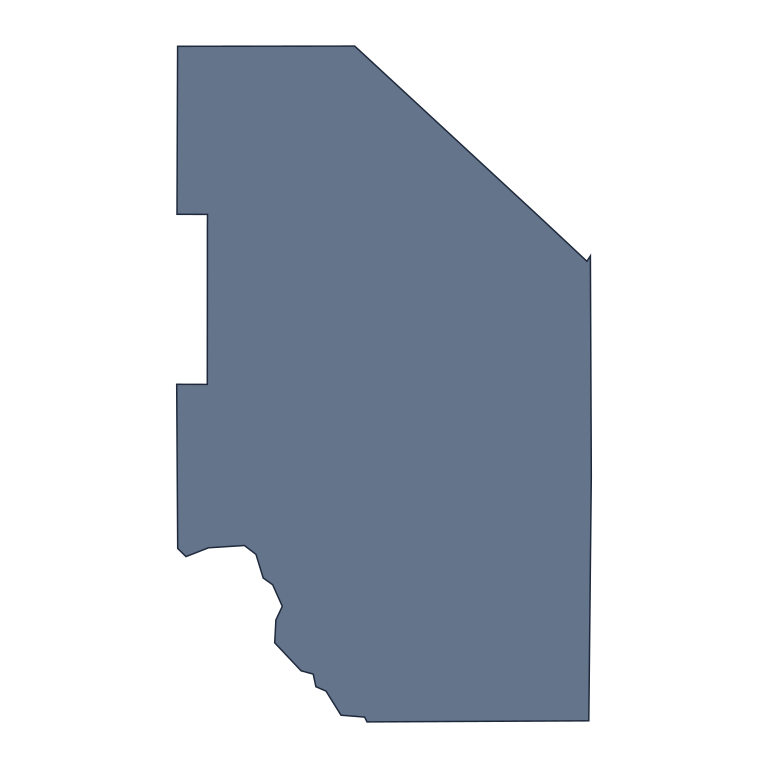 Ada, Idaho, United States of America
{"feature_id": "52423323B70404616629073", "entity_name": "Ada", "entity_type": "district", "adm_level": 2, "iso_a3": "USA", "parent_name": "United States of America", "parent_adm1": "Idaho", "projection": "natural_earth1", "projection_center": [-116.34, 43.46], "detail": "fine", "context": "isolated", "style": "filled", "palette": "slate", "viewbox_px": 768, "rotation_deg": 0, "n_neighbors": 0, "source": "geoboundaries", "source_scale": "gbopen_adm2", "svg_char_len": 513}
<svg xmlns="http://www.w3.org/2000/svg" viewBox="0 0 768 768"><path d="M177.7,548.5L186.0,556.6L208.4,547.8L244.4,545.5L256.0,554.4L263.2,578.0L272.7,584.8L282.3,606.3L275.9,619.9L274.7,642.8L301.1,670.8L313.2,674.1L315.9,686.7L326.0,691.1L341.0,715.2L364.6,717.1L367.0,721.9L588.8,720.8L591.3,476.0L590.4,255.9L586.9,261.3L541.9,219.2L369.0,59.3L354.7,46.1L177.6,46.3L177.0,214.3L207.5,214.4L207.4,228.7L207.4,271.1L207.3,384.4L176.7,384.3L177.7,548.5Z" fill="#64748b" stroke="#1e293b" stroke-width="1.5"/></svg>